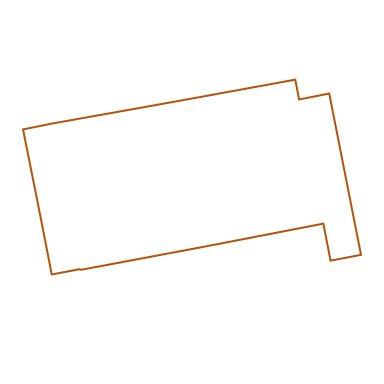 the district of Liberty, Montana, United States of America, rotated 259°
{"feature_id": "52423323B12424842950732", "entity_name": "Liberty", "entity_type": "district", "adm_level": 2, "iso_a3": "USA", "parent_name": "United States of America", "parent_adm1": "Montana", "projection": "robinson", "projection_center": [-111.06, 48.565], "detail": "fine", "context": "isolated", "style": "outline", "palette": "amber", "viewbox_px": 384, "rotation_deg": 259, "n_neighbors": 0, "source": "geoboundaries", "source_scale": "gbopen_adm2", "svg_char_len": 359}
<svg xmlns="http://www.w3.org/2000/svg" viewBox="0 0 384 384"><g transform="rotate(259 192 192)"><path d="M98.2,314.9L98.1,345.9L262.5,345.5L262.4,314.8L282.6,314.8L284.0,191.6L285.9,68.1L285.7,38.1L245.4,38.3L245.2,38.3L212.5,38.5L137.8,38.6L137.7,67.1L136.8,68.2L136.0,191.6L135.9,314.9L98.2,314.9Z" fill="none" stroke="#b45309" stroke-width="2"/></g></svg>